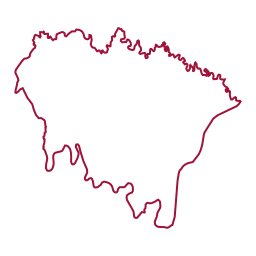 outline of Phon Sai, Roi Et, Thailand
{"feature_id": "78962969B54867067631635", "entity_name": "Phon Sai", "entity_type": "district", "adm_level": 2, "iso_a3": "THA", "parent_name": "Thailand", "parent_adm1": "Roi Et", "projection": "equal_earth", "projection_center": [103.938, 15.482], "detail": "fine", "context": "isolated", "style": "outline", "palette": "rose", "viewbox_px": 256, "rotation_deg": 0, "n_neighbors": 0, "source": "geoboundaries", "source_scale": "gbopen_adm2", "svg_char_len": 5623}
<svg xmlns="http://www.w3.org/2000/svg" viewBox="0 0 256 256"><path d="M121.3,29.1L120.6,29.4L118.9,28.2L118.2,28.2L115.4,33.3L115.0,34.4L115.2,36.0L114.9,36.5L114.4,36.7L113.3,36.1L111.9,36.9L112.1,40.3L110.7,42.3L110.5,46.1L110.0,46.4L107.2,45.2L106.8,45.5L106.7,46.3L107.6,48.1L107.9,49.3L107.0,52.1L106.3,52.6L104.5,52.6L103.3,51.6L102.6,50.4L102.3,50.4L101.9,50.9L101.8,52.9L101.5,53.3L101.0,52.9L99.6,50.6L98.8,50.4L97.6,51.2L97.0,51.2L95.0,48.2L94.1,47.7L92.6,47.5L91.5,46.2L90.7,44.1L91.7,40.1L91.1,36.0L90.7,35.2L89.4,35.0L89.4,37.6L88.4,39.0L87.5,39.3L85.9,38.9L84.4,37.5L83.6,34.1L82.1,31.5L79.6,30.0L76.4,29.5L74.9,31.4L71.8,31.4L68.7,33.7L66.3,36.3L65.0,35.8L64.7,35.0L64.7,33.4L63.3,32.3L62.3,32.0L59.7,32.9L56.7,34.3L56.3,36.7L56.3,38.7L56.0,39.2L54.4,39.1L53.0,40.2L51.7,38.8L50.4,36.6L49.8,36.8L49.0,38.0L48.0,37.9L47.7,37.2L48.1,34.7L47.9,33.7L44.5,34.1L44.1,33.5L44.0,32.0L43.7,31.7L43.0,32.6L41.7,32.1L40.1,32.2L40.3,35.1L40.7,36.4L40.1,37.4L39.5,37.2L38.6,35.9L35.4,34.9L34.5,35.9L34.4,37.1L34.0,37.6L34.1,38.7L32.8,40.1L34.3,42.4L33.6,43.8L33.7,44.7L34.1,45.0L34.6,44.7L35.4,45.8L35.0,47.7L33.3,49.1L31.0,52.2L30.1,53.8L29.8,56.0L29.3,56.9L26.9,58.3L24.2,58.7L22.0,61.1L16.8,68.4L15.6,70.4L15.4,72.8L17.7,77.7L18.4,80.4L17.2,82.7L17.1,84.3L15.7,89.9L15.4,92.5L16.0,92.9L16.6,92.8L18.3,91.5L20.3,89.3L22.7,88.2L27.4,97.8L32.3,104.3L33.8,109.7L36.1,115.1L38.6,118.1L41.4,118.1L44.6,120.4L45.4,124.7L45.3,125.8L46.0,126.8L45.3,127.8L45.6,128.9L45.5,130.3L45.8,131.9L45.4,132.5L44.7,132.7L44.4,135.9L43.4,136.9L43.5,138.0L44.0,138.4L44.1,139.3L44.6,139.4L44.3,143.0L43.5,145.6L43.4,146.5L43.7,146.8L43.4,147.3L43.6,147.9L43.3,148.7L44.8,150.3L46.8,155.9L47.2,158.1L47.1,159.7L46.2,163.9L45.9,168.1L47.0,170.4L48.0,170.9L50.3,170.6L51.8,169.4L52.5,168.2L53.2,166.3L53.7,163.7L53.2,157.2L53.4,155.2L54.3,153.5L55.4,152.7L61.6,151.2L62.6,150.3L65.0,145.5L66.6,145.7L68.2,146.5L69.7,148.4L70.4,150.0L70.9,152.8L71.2,156.5L71.1,161.7L71.5,163.0L72.0,164.0L72.8,164.4L74.3,163.9L75.3,162.6L77.3,158.6L78.6,154.3L78.4,152.4L75.7,146.6L76.2,144.6L77.7,144.3L79.0,145.7L80.6,152.0L83.4,161.1L86.8,168.9L87.2,171.2L87.2,172.7L85.0,177.3L84.9,178.2L84.9,179.1L85.9,180.3L87.4,180.2L88.9,178.8L90.4,178.1L91.1,178.1L92.0,178.9L92.9,181.2L93.7,186.2L94.1,186.9L95.5,187.6L97.8,187.1L100.9,184.7L101.9,182.7L103.6,181.8L104.6,181.7L106.7,182.2L109.5,183.4L111.1,184.8L112.1,186.5L113.4,190.8L114.4,192.0L115.6,192.5L116.6,192.3L117.4,191.5L118.3,188.6L119.7,187.2L123.9,187.2L124.7,186.9L128.0,183.3L128.7,183.2L130.6,183.6L131.6,184.4L132.7,186.6L132.9,189.1L132.8,191.1L132.0,192.5L129.2,193.6L127.2,195.1L126.7,196.3L126.6,198.0L127.0,199.9L133.3,211.0L133.7,212.8L134.2,216.6L134.6,217.3L135.6,217.9L137.1,217.8L141.9,212.1L144.6,212.5L144.8,212.2L144.3,210.4L144.4,209.4L145.5,208.0L145.6,204.6L146.6,203.3L147.6,202.8L149.9,203.3L151.4,203.2L155.1,201.6L157.4,200.0L158.3,199.7L159.8,201.4L160.1,202.3L160.4,206.8L160.0,208.1L157.5,212.7L156.7,216.9L154.9,221.3L154.8,222.7L155.2,224.4L155.7,225.3L157.0,226.3L158.5,226.9L164.2,227.1L167.0,227.8L168.7,227.3L171.9,225.0L172.4,225.0L174.7,217.0L177.6,180.2L178.8,173.1L179.7,170.5L181.2,169.0L183.0,166.3L185.2,164.5L187.8,163.2L192.8,162.0L198.7,154.4L200.1,151.5L201.3,148.0L202.2,144.9L203.9,134.6L204.5,132.5L213.3,118.6L217.9,115.1L236.8,106.1L238.9,104.0L240.6,101.5L239.9,100.8L237.5,100.9L236.2,100.4L236.0,99.8L236.1,97.9L235.3,97.1L234.2,97.7L232.2,99.5L231.0,99.4L229.8,95.4L230.0,91.5L229.3,91.0L226.8,91.9L226.1,91.5L225.7,90.7L225.8,89.4L226.0,89.3L227.1,90.3L227.6,90.4L228.3,89.9L228.2,88.9L227.0,87.4L225.1,86.3L223.3,84.1L223.3,82.6L224.8,79.4L222.7,79.6L220.5,79.1L220.1,78.2L220.3,75.8L220.0,75.0L218.9,74.7L218.1,75.3L216.9,78.9L213.7,79.2L213.2,78.7L213.1,78.1L213.7,75.7L212.6,73.3L211.7,72.9L210.6,73.2L209.7,75.2L208.9,75.6L209.0,73.1L208.7,72.1L207.9,71.0L205.7,69.0L204.6,69.7L204.3,70.7L204.6,71.2L206.0,71.9L206.7,72.6L207.2,74.4L207.1,75.5L206.5,75.8L205.2,75.0L202.7,75.0L201.7,73.6L200.4,69.0L199.7,68.5L198.2,68.7L197.2,67.6L196.7,66.4L196.6,64.2L195.4,62.4L194.9,62.8L194.9,64.1L194.4,65.4L194.5,68.9L194.0,70.7L193.4,71.1L193.0,70.9L193.3,69.3L193.1,68.2L192.7,67.3L191.5,66.3L190.4,65.0L190.0,65.6L190.2,67.3L190.1,68.4L188.7,70.7L187.8,71.0L186.8,69.9L186.3,68.7L186.5,67.8L187.5,65.5L187.4,64.3L186.5,63.6L184.8,64.3L183.2,62.5L183.4,61.6L184.8,61.3L185.1,60.7L183.7,58.4L182.7,57.9L180.7,60.0L179.5,59.7L178.9,59.1L178.8,58.3L179.8,55.4L179.6,55.0L178.7,54.6L176.4,56.1L174.9,57.5L174.5,57.4L173.6,54.9L173.0,54.4L171.8,54.7L170.0,55.9L169.2,55.9L169.0,55.0L170.1,54.3L170.2,53.5L168.9,52.2L168.7,49.0L168.1,47.3L167.4,46.4L166.4,46.7L166.2,47.8L167.2,50.4L166.5,51.2L165.4,50.9L164.7,49.4L164.8,48.1L164.3,46.3L164.5,45.1L165.3,43.7L164.1,42.3L163.1,42.9L162.8,45.4L161.9,45.1L161.7,45.5L161.7,46.3L161.3,46.5L158.8,47.0L158.1,46.7L156.5,45.0L155.8,44.8L155.6,45.3L155.9,46.7L154.7,48.0L154.8,49.5L154.1,51.1L153.3,51.0L151.3,48.9L150.5,49.0L150.2,49.5L149.9,53.6L149.4,54.0L147.6,54.0L147.3,54.9L147.7,57.0L147.5,57.7L146.8,58.1L146.1,58.1L145.5,57.5L145.2,56.0L145.5,54.3L144.9,53.0L143.2,53.1L140.4,54.0L139.4,53.3L139.4,52.3L141.0,50.5L141.1,48.9L140.8,47.7L139.2,45.5L139.0,41.3L138.4,40.5L137.5,40.8L136.7,43.9L134.7,46.1L134.2,48.8L133.7,49.7L132.1,50.1L128.9,48.8L128.1,47.8L128.2,46.7L128.7,46.2L130.5,46.0L130.9,45.0L130.7,42.8L129.1,40.2L128.2,39.6L127.4,39.5L127.0,39.9L126.6,41.5L126.1,42.2L124.9,41.8L124.1,42.2L122.2,42.3L120.9,41.0L120.8,40.2L121.2,39.3L124.1,38.7L124.6,38.2L124.9,37.4L124.3,34.1L124.4,31.9L123.9,31.4L122.3,31.1L121.7,29.5L121.3,29.1Z" fill="none" stroke="#9f1239" stroke-width="2"/></svg>